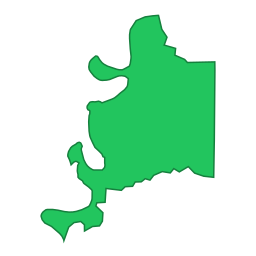 Adams, Mississippi, United States of America
{"feature_id": "52423323B79783446194500", "entity_name": "Adams", "entity_type": "district", "adm_level": 2, "iso_a3": "USA", "parent_name": "United States of America", "parent_adm1": "Mississippi", "projection": "orthographic", "projection_center": [-91.474, 31.468], "detail": "fine", "context": "isolated", "style": "filled", "palette": "green", "viewbox_px": 256, "rotation_deg": 0, "n_neighbors": 0, "source": "geoboundaries", "source_scale": "gbopen_adm2", "svg_char_len": 2392}
<svg xmlns="http://www.w3.org/2000/svg" viewBox="0 0 256 256"><path d="M213.7,177.3L214.2,145.4L214.3,140.9L214.9,70.2L214.8,61.9L187.4,62.5L184.6,59.4L174.9,55.2L175.6,48.4L164.2,45.1L167.0,37.2L161.8,29.3L158.5,15.4L157.8,15.4L152.2,15.9L145.1,16.9L136.5,20.5L136.2,20.6L130.6,29.2L130.3,30.0L129.6,34.7L129.6,38.6L130.3,49.0L131.1,56.5L131.0,58.5L130.2,63.8L129.3,66.2L123.9,69.1L122.3,69.8L119.4,69.8L116.9,69.3L107.6,66.2L103.9,64.2L102.0,62.7L101.1,61.6L99.4,59.4L98.5,57.8L97.6,56.5L97.0,56.2L95.8,56.0L95.3,56.3L92.5,58.6L90.8,60.3L89.7,62.1L89.3,63.4L88.8,66.9L89.1,69.0L89.3,69.7L89.9,70.6L90.5,71.7L94.1,76.2L97.1,78.5L99.0,79.6L100.2,80.1L102.2,80.4L106.7,80.1L109.7,79.5L117.1,76.5L119.0,75.9L121.8,75.7L123.7,76.0L125.2,76.3L128.3,78.6L127.8,84.0L127.4,85.9L127.0,86.8L126.9,86.9L124.5,89.8L120.5,92.9L116.6,96.3L114.5,97.9L112.3,99.0L102.1,102.8L101.5,102.6L100.6,101.9L98.6,101.2L95.0,101.9L92.7,101.7L91.1,101.9L90.2,102.1L89.6,102.6L87.6,105.4L87.2,106.1L87.1,107.0L87.1,108.0L87.9,109.7L89.2,110.3L89.9,111.0L89.8,113.7L89.1,115.8L88.7,121.8L89.1,131.1L89.8,135.8L90.4,137.7L91.4,139.9L92.8,143.0L95.0,147.4L98.5,150.6L101.9,154.0L103.0,156.7L104.7,157.4L104.7,159.2L104.7,163.0L105.0,165.1L104.6,167.4L102.3,170.0L93.6,170.0L92.2,169.5L89.5,167.8L87.4,165.9L85.7,163.5L83.8,159.7L81.3,150.1L81.3,148.5L82.2,146.3L82.1,145.9L80.9,143.3L80.6,142.9L79.4,142.3L78.2,142.5L76.7,143.3L76.0,144.1L72.4,146.2L70.7,147.8L68.6,151.5L67.9,154.2L67.8,156.1L69.4,159.5L70.3,162.0L71.1,164.8L73.3,162.6L74.0,162.0L75.7,161.3L76.8,161.6L79.0,162.9L78.8,163.4L77.7,165.4L77.3,170.5L77.4,171.8L78.0,174.5L78.0,177.2L79.2,178.6L82.5,180.8L83.5,182.9L84.0,183.5L88.6,186.9L91.5,189.6L92.0,190.3L92.2,191.1L92.1,198.1L91.9,199.8L90.8,202.8L89.6,205.3L88.6,206.5L81.9,209.7L76.3,211.4L72.7,212.0L69.1,212.1L64.5,211.6L57.9,210.2L52.8,209.5L47.2,209.5L45.9,209.8L43.3,211.7L42.4,212.8L41.5,214.3L41.1,215.9L41.2,216.6L42.2,219.7L44.8,223.0L51.5,226.4L59.7,233.5L62.0,236.2L63.7,239.6L63.9,240.6L68.7,227.1L74.0,222.6L80.8,221.5L84.4,224.7L84.5,231.0L92.5,226.5L99.5,225.9L102.4,221.2L102.9,212.7L95.9,206.0L96.8,202.8L105.1,202.3L106.0,188.5L121.4,190.3L125.2,186.7L132.6,186.3L135.2,182.0L141.3,181.8L145.2,178.7L150.0,180.1L153.7,175.3L162.2,171.6L170.3,172.9L173.8,168.6L179.3,171.9L188.3,166.6L194.6,173.1L203.7,176.2L213.7,177.3Z" fill="#22c55e" stroke="#15803d" stroke-width="1.5"/></svg>